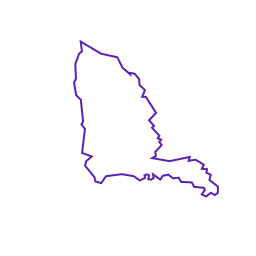 outline of Gazi Baba, Gazi Baba, North Macedonia, rotated 334°
{"feature_id": "65306769B82299046319271", "entity_name": "Gazi Baba", "entity_type": "district", "adm_level": 2, "iso_a3": "MKD", "parent_name": "North Macedonia", "parent_adm1": "Gazi Baba", "projection": "equal_earth", "projection_center": [21.531, 42.028], "detail": "fine", "context": "isolated", "style": "outline", "palette": "violet", "viewbox_px": 256, "rotation_deg": 334, "n_neighbors": 0, "source": "geoboundaries", "source_scale": "gbopen_adm2", "svg_char_len": 1095}
<svg xmlns="http://www.w3.org/2000/svg" viewBox="0 0 256 256"><g transform="rotate(334 128 128)"><path d="M123.4,29.6L120.2,38.9L116.6,39.8L108.7,47.4L102.8,60.9L99.4,63.5L95.8,75.8L98.0,81.9L90.4,102.6L87.8,104.2L88.9,109.9L75.8,130.3L82.9,137.7L75.8,139.5L72.9,143.1L76.3,157.4L75.3,161.8L79.7,165.8L87.1,161.7L102.2,166.8L111.9,173.7L115.6,180.3L121.3,180.4L122.1,177.8L124.4,177.8L126.1,179.8L123.8,182.8L125.6,184.4L129.0,184.3L130.2,180.6L134.4,188.5L138.3,186.2L143.8,187.6L146.4,193.0L151.8,194.9L152.1,199.7L161.5,204.9L161.7,209.9L170.0,215.0L170.1,217.2L165.2,220.1L168.2,223.8L174.0,222.5L176.8,226.4L180.4,225.6L183.1,220.0L178.4,210.4L181.9,206.4L178.9,202.5L180.9,199.6L176.5,197.0L180.0,194.2L174.8,186.1L168.1,184.1L170.8,181.1L150.8,176.0L136.6,165.7L140.9,165.3L142.0,161.4L150.8,158.1L150.0,154.3L152.6,153.0L150.2,150.3L152.8,148.8L149.7,138.2L152.3,137.5L150.3,130.2L159.8,126.8L157.7,107.8L154.4,106.2L159.9,101.3L157.2,94.5L159.4,88.9L157.8,82.1L153.7,79.2L153.4,80.6L149.5,71.5L149.4,59.7L136.4,49.5L123.4,29.6Z" fill="none" stroke="#5b21b6" stroke-width="2"/></g></svg>